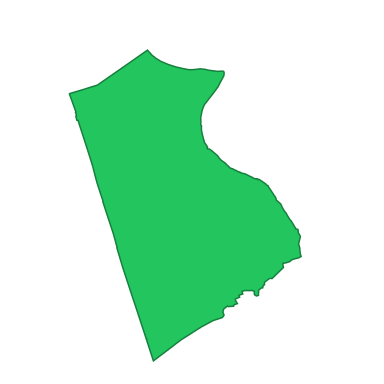 Illiasa, North Bank, Gambia (Equal Earth projection), rotated 252°
{"feature_id": "56634734B27555440336226", "entity_name": "Illiasa", "entity_type": "district", "adm_level": 2, "iso_a3": "GMB", "parent_name": "Gambia", "parent_adm1": "North Bank", "projection": "equal_earth", "projection_center": [-15.729, 13.524], "detail": "fine", "context": "isolated", "style": "filled", "palette": "green", "viewbox_px": 384, "rotation_deg": 252, "n_neighbors": 0, "source": "geoboundaries", "source_scale": "gbopen_adm2", "svg_char_len": 2503}
<svg xmlns="http://www.w3.org/2000/svg" viewBox="0 0 384 384"><g transform="rotate(252 192 192)"><path d="M96.7,274.6L97.0,275.9L100.0,275.9L106.1,277.3L109.6,277.3L115.9,281.2L117.6,281.2L120.0,280.5L123.6,281.2L124.4,280.1L124.9,279.3L125.0,279.4L131.8,277.9L134.3,277.2L135.9,276.4L140.0,275.5L142.8,275.0L145.5,273.9L149.4,273.1L153.2,272.7L158.1,269.8L161.2,269.8L163.4,269.1L171.1,267.0L172.7,266.5L174.6,266.2L176.0,264.7L176.8,264.7L183.4,259.6L183.3,258.5L184.4,258.2L185.3,255.6L186.9,254.2L192.9,248.0L194.6,245.1L196.5,243.3L196.5,242.6L198.7,240.8L200.5,238.6L201.3,238.1L203.1,235.6L206.0,234.2L207.8,233.0L208.5,233.0L213.5,229.4L216.2,228.2L218.4,227.7L220.0,226.7L223.1,224.8L227.5,221.9L228.0,220.4L229.1,219.9L229.9,220.7L233.7,219.7L234.6,219.2L240.1,219.4L243.2,219.6L246.6,219.9L249.0,220.4L252.1,221.5L253.7,221.1L255.6,222.0L260.3,223.4L266.7,227.0L271.3,230.8L272.0,232.0L275.7,237.4L278.8,242.0L283.9,249.2L287.7,253.0L292.8,258.3L295.4,259.4L297.0,259.4L297.6,258.2L298.9,253.4L303.0,244.8L304.8,242.1L305.8,239.5L306.7,237.8L306.8,236.9L307.6,232.8L308.3,229.9L309.2,227.0L312.1,221.7L315.7,215.7L320.3,209.2L322.8,206.3L326.1,202.5L330.8,198.6L332.1,197.9L334.1,196.4L337.4,195.0L339.0,194.2L340.7,193.5L333.0,168.4L327.2,149.2L322.9,135.0L323.0,128.8L323.1,118.8L323.2,116.0L323.2,114.8L323.4,106.0L323.2,105.7L317.8,105.9L304.0,106.3L303.7,105.8L300.3,105.8L299.9,104.9L296.8,104.7L295.9,104.6L295.5,104.9L295.2,105.8L291.4,105.7L291.0,105.7L265.9,105.7L255.5,105.6L253.8,105.6L246.9,105.5L237.9,104.9L237.7,104.9L232.2,104.6L229.9,104.5L228.5,104.5L215.0,104.5L211.0,104.6L210.3,104.2L196.8,104.2L178.8,104.3L176.7,104.3L162.0,103.6L162.0,103.3L141.4,102.8L111.0,102.9L101.5,103.0L72.9,103.1L66.6,103.1L66.0,103.1L66.0,103.3L65.7,103.1L43.3,103.1L45.7,110.0L46.3,111.7L51.4,126.4L52.2,128.6L52.6,129.6L54.2,134.3L55.0,136.6L55.1,137.2L57.8,147.7L59.1,152.6L60.7,158.9L61.0,160.1L61.3,162.1L62.8,170.2L63.2,172.5L63.2,182.1L64.9,184.4L68.3,184.3L70.9,186.0L72.6,190.5L71.8,191.1L70.5,196.2L71.8,197.3L71.8,200.7L75.8,199.8L76.9,200.3L77.2,204.8L79.3,204.8L79.3,208.8L82.0,208.8L82.0,209.3L82.0,211.5L81.0,214.7L80.3,216.5L80.0,218.3L78.3,220.6L75.9,219.7L74.2,220.1L73.1,221.5L73.2,223.3L74.5,223.7L78.0,225.1L79.3,228.2L79.0,229.6L81.1,230.9L81.4,232.3L83.7,233.0L85.7,238.7L85.7,239.8L84.9,241.3L92.0,255.7L93.4,255.7L96.1,256.4L95.6,259.3L95.6,261.1L95.6,263.6L96.7,265.8L96.7,269.7L96.4,273.3L96.7,274.6Z" fill="#22c55e" stroke="#15803d" stroke-width="1.5"/></g></svg>